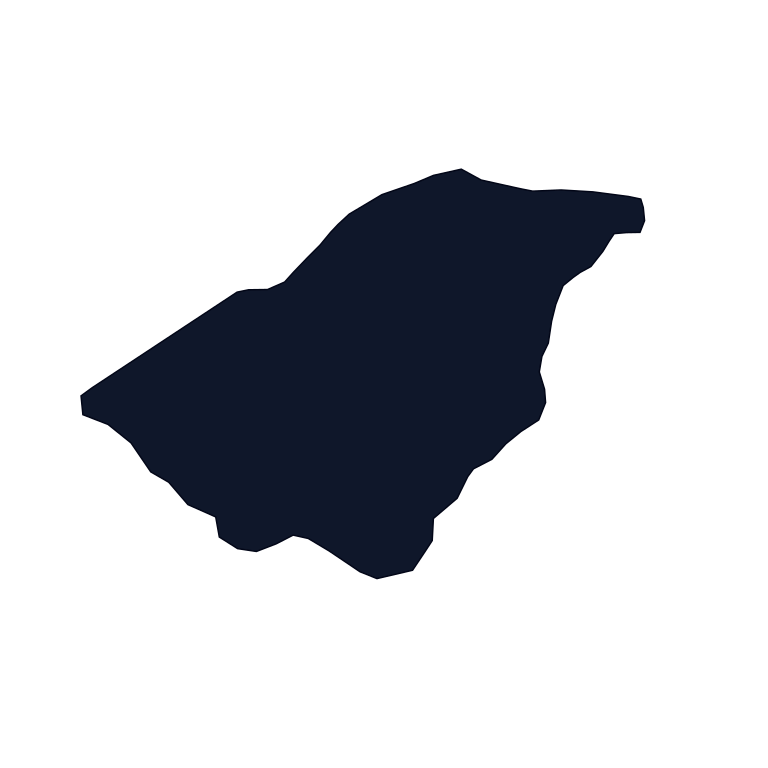 outline of Louvaras, Limassol, Cyprus, rotated 164°
{"feature_id": "46923920B93892240903610", "entity_name": "Louvaras", "entity_type": "district", "adm_level": 2, "iso_a3": "CYP", "parent_name": "Cyprus", "parent_adm1": "Limassol", "projection": "equal_earth", "projection_center": [33.036, 34.831], "detail": "fine", "context": "isolated", "style": "filled", "palette": "ink", "viewbox_px": 768, "rotation_deg": 164, "n_neighbors": 0, "source": "geoboundaries", "source_scale": "gbopen_adm2", "svg_char_len": 1017}
<svg xmlns="http://www.w3.org/2000/svg" viewBox="0 0 768 768"><g transform="rotate(164 384 384)"><path d="M86.2,491.0L97.4,496.9L130.2,511.1L160.3,521.7L187.9,528.4L197.9,533.5L204.8,537.2L234.4,553.3L250.5,569.2L278.9,570.9L299.6,568.4L333.8,566.6L370.6,556.9L384.1,550.1L393.4,544.6L407.3,535.1L423.0,526.4L440.2,516.4L451.4,509.4L469.9,506.9L488.2,511.9L499.9,512.8L665.1,461.0L666.5,460.5L678.5,456.1L681.9,437.5L660.4,421.2L643.4,397.1L632.4,363.8L618.0,348.9L605.7,322.1L582.4,302.6L584.5,282.3L570.1,266.1L552.8,258.2L531.6,260.1L513.0,263.8L499.4,256.4L482.9,238.8L458.8,210.1L444.4,198.9L407.9,197.1L391.0,211.4L380.8,220.2L373.6,241.1L345.2,254.0L329.0,271.9L321.4,277.8L301.0,281.9L283.4,292.9L265.5,300.6L245.2,306.8L233.8,321.6L231.1,334.7L231.4,352.8L224.6,367.0L214.8,378.0L205.6,398.1L196.9,413.2L184.7,429.2L172.8,434.3L164.7,437.2L152.7,439.9L137.0,451.2L128.3,459.2L121.3,465.1L109.1,462.7L96.1,459.2L88.5,469.2L86.1,482.3L86.2,491.0Z" fill="#0f172a" stroke="#020617" stroke-width="1.5"/></g></svg>